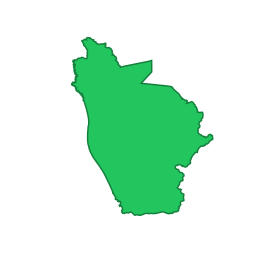 Islay, Arequipa, Peru (orthographic projection), rotated 44°
{"feature_id": "86281439B92685441035465", "entity_name": "Islay", "entity_type": "district", "adm_level": 2, "iso_a3": "PER", "parent_name": "Peru", "parent_adm1": "Arequipa", "projection": "orthographic", "projection_center": [-71.814, -16.98], "detail": "fine", "context": "isolated", "style": "filled", "palette": "green", "viewbox_px": 256, "rotation_deg": 44, "n_neighbors": 0, "source": "geoboundaries", "source_scale": "gbopen_adm2", "svg_char_len": 5706}
<svg xmlns="http://www.w3.org/2000/svg" viewBox="0 0 256 256"><g transform="rotate(44 128 128)"><path d="M52.9,82.6L52.6,83.0L52.6,83.7L52.0,84.3L51.4,85.3L50.5,86.0L48.5,88.6L47.2,88.6L46.1,89.1L45.5,88.5L44.9,88.5L44.3,89.0L43.1,89.2L42.8,89.0L42.4,88.5L42.1,88.4L41.6,89.0L40.5,89.5L39.5,89.4L38.6,89.6L37.9,89.5L37.6,90.1L37.1,90.3L35.9,91.4L35.9,92.4L36.3,93.1L36.9,93.5L36.0,93.8L35.1,94.6L35.0,96.1L34.2,97.1L34.6,97.5L35.7,97.6L36.3,98.0L37.6,98.1L38.6,99.3L40.3,99.1L44.7,100.3L45.9,101.3L46.5,102.5L47.6,103.0L48.2,104.5L49.1,104.9L49.5,105.6L49.9,105.8L50.0,106.9L49.8,107.2L48.0,108.5L46.4,108.7L45.7,109.4L45.2,110.8L43.9,112.2L43.6,113.4L43.9,114.5L42.2,116.3L42.3,116.5L41.8,117.2L42.1,117.3L42.0,117.6L42.4,117.6L42.1,117.8L42.2,118.6L42.6,118.6L42.6,118.0L42.9,118.0L43.2,118.5L43.7,118.7L44.0,119.3L44.6,119.7L45.2,119.5L45.4,119.1L46.2,119.1L46.6,119.8L46.4,120.2L46.6,120.5L46.0,120.7L46.4,120.8L46.2,121.3L46.7,121.3L46.7,121.9L46.9,122.1L48.4,122.2L48.7,122.7L48.4,123.1L48.7,123.1L49.0,122.9L50.1,123.0L50.2,123.3L49.5,124.2L49.8,124.4L50.1,124.3L50.1,124.6L50.5,125.0L51.1,125.1L51.3,124.7L51.6,124.9L52.1,124.7L52.0,125.7L52.8,126.2L52.6,125.9L53.1,125.9L53.0,125.5L53.8,125.2L54.2,125.8L54.6,125.5L54.6,125.8L55.5,125.9L54.8,126.9L54.6,126.9L54.7,127.3L55.1,127.3L54.9,127.6L55.2,127.7L55.2,128.1L55.4,128.1L55.4,128.3L56.2,128.6L56.2,129.0L56.4,129.1L56.2,129.4L56.5,129.5L56.5,130.0L56.9,130.1L57.3,129.8L57.5,130.7L57.8,130.6L58.7,131.5L57.6,132.4L57.7,132.7L57.5,132.9L57.8,133.1L57.5,133.5L56.8,133.5L57.0,133.8L56.8,134.3L57.1,134.6L56.8,135.2L57.0,135.6L57.4,135.8L57.4,135.4L57.7,135.4L58.5,135.8L58.8,135.3L59.5,135.5L59.8,135.1L60.3,135.1L60.4,134.8L60.9,135.0L61.3,134.8L61.5,135.0L61.9,135.0L62.2,135.5L62.8,135.9L63.1,135.9L63.3,135.5L63.4,136.0L63.8,136.0L64.3,136.8L64.8,137.0L65.1,136.8L64.9,136.6L65.5,136.5L66.2,136.9L67.1,136.7L67.3,136.5L67.0,135.8L67.3,135.9L67.6,136.4L68.1,136.1L68.7,136.4L68.8,136.2L68.7,135.7L69.2,136.3L69.7,136.6L69.9,136.4L69.8,136.1L70.0,135.7L70.4,136.1L70.5,135.9L71.1,136.2L71.4,135.6L71.5,136.0L71.6,135.8L71.9,135.9L71.8,136.5L72.3,136.3L72.5,136.0L72.8,136.0L72.7,136.7L72.9,137.0L73.3,136.8L73.8,137.3L74.5,136.8L74.9,137.1L75.1,137.0L75.2,137.8L75.7,137.9L75.8,138.2L76.2,138.3L76.5,139.2L77.0,139.0L79.2,140.0L84.5,142.9L90.6,146.8L93.5,149.0L95.6,150.9L97.3,152.8L98.5,154.8L102.9,160.1L106.6,164.0L108.6,165.9L110.8,167.6L111.5,167.8L112.4,168.5L112.9,168.5L113.8,169.5L118.0,171.5L122.3,172.9L125.4,173.7L135.0,175.4L136.5,175.9L137.9,176.1L142.8,177.4L154.8,181.8L161.5,184.6L162.2,185.4L162.6,185.1L164.4,185.8L167.2,186.4L167.7,187.3L168.5,188.0L168.8,187.7L169.3,187.7L169.9,186.8L171.0,187.5L171.5,187.3L171.6,187.6L171.9,187.3L172.4,187.4L172.8,186.4L173.0,186.5L173.1,186.9L173.5,186.4L173.8,186.3L174.7,186.7L174.9,187.3L175.3,187.7L175.7,190.0L176.2,190.0L176.1,189.8L176.5,189.5L176.6,188.8L177.3,189.1L177.6,188.8L178.3,188.9L179.6,189.5L180.3,190.0L180.8,191.4L181.0,192.1L182.1,192.1L182.3,192.9L183.0,192.8L183.4,193.0L184.8,191.9L185.7,189.8L187.4,188.8L187.8,187.4L188.5,186.5L190.2,186.0L192.0,186.2L193.6,185.9L194.5,184.3L197.1,182.7L198.8,179.9L199.7,177.6L200.2,177.0L201.0,176.1L202.4,175.2L203.8,173.5L205.8,171.9L207.9,169.4L210.2,165.6L211.0,164.5L211.8,163.7L214.9,162.5L216.8,161.4L217.2,161.0L217.7,159.8L219.0,158.9L219.4,157.8L219.0,157.0L219.7,156.3L219.9,155.6L220.9,154.8L221.7,153.1L221.8,152.3L220.5,151.3L220.6,150.5L220.3,149.7L219.2,149.3L219.5,147.8L219.1,146.3L217.5,145.5L217.3,145.2L217.1,144.4L217.4,143.5L218.5,141.8L218.5,141.2L216.0,139.4L214.5,137.1L213.9,136.9L211.8,137.7L210.7,137.5L209.3,136.6L209.1,136.2L209.1,135.3L208.1,135.6L207.6,136.4L206.6,136.7L204.9,136.7L204.9,136.1L204.5,135.4L204.6,134.9L204.2,132.9L203.8,132.2L203.3,131.8L203.0,130.8L203.1,130.1L202.9,129.3L203.4,128.4L203.9,128.2L203.9,127.6L203.1,126.7L201.6,125.7L201.4,125.1L201.6,123.9L201.1,123.1L200.0,122.6L199.1,122.9L198.4,122.6L197.7,122.7L196.2,123.7L195.3,123.9L194.1,123.2L192.9,123.0L191.8,123.8L190.0,124.0L189.3,123.5L188.7,122.5L188.6,121.8L189.2,120.9L189.7,120.5L189.8,119.0L191.0,118.1L192.2,117.9L193.6,117.9L193.5,117.3L193.7,117.0L195.0,116.9L195.7,116.7L196.8,115.6L197.1,114.9L196.8,112.4L197.5,110.2L197.1,109.6L195.9,108.6L195.3,107.8L193.7,103.5L193.5,99.0L193.9,98.1L194.8,97.4L194.1,96.2L193.4,95.8L193.0,93.1L193.0,90.7L193.6,89.8L194.6,89.0L194.7,88.2L195.2,87.6L195.5,86.6L195.2,86.0L195.3,85.5L196.2,84.0L196.3,82.5L195.9,81.4L195.9,80.6L196.1,80.2L196.1,79.3L196.8,77.2L194.0,74.9L191.6,75.4L191.4,75.6L190.7,77.4L191.5,78.6L190.7,80.7L190.5,80.9L190.1,80.6L189.4,80.5L188.7,81.7L187.6,81.7L186.7,82.2L185.7,82.2L183.1,82.9L181.6,82.6L181.1,82.2L180.3,81.1L179.6,80.9L179.1,79.9L178.7,79.5L179.1,78.0L178.6,77.0L177.3,76.0L175.9,75.8L175.6,75.4L175.3,74.0L175.6,72.0L175.4,71.1L174.7,70.6L174.4,68.3L173.4,67.4L172.5,66.1L170.8,65.0L170.5,65.1L168.4,67.4L166.9,68.3L166.7,68.2L166.5,67.5L162.6,65.5L161.6,65.8L160.6,65.4L160.4,65.0L160.0,64.8L159.2,64.9L157.2,64.5L155.9,64.7L155.3,65.1L154.8,66.7L153.6,68.1L153.4,69.3L153.1,69.6L152.9,68.5L151.8,67.4L151.3,67.3L150.8,67.4L150.4,68.1L149.2,68.6L148.0,68.6L146.7,69.1L147.1,69.3L146.9,69.6L146.6,69.3L146.5,69.6L146.1,69.1L145.0,68.9L143.8,68.9L141.1,68.1L133.9,68.5L131.5,67.9L131.1,68.0L129.8,68.6L127.6,70.1L106.4,86.7L106.1,71.2L98.1,63.0L96.5,65.8L82.2,86.5L80.4,89.6L79.9,89.1L79.3,88.9L77.0,89.1L75.9,88.1L75.3,88.0L73.2,87.7L72.0,88.0L71.9,86.4L69.9,85.3L68.9,85.7L68.2,85.4L66.9,85.5L66.0,86.4L65.9,85.8L65.4,85.1L63.9,84.5L62.9,83.4L60.6,82.8L60.0,82.8L59.6,83.2L58.1,83.6L57.4,84.7L55.5,85.4L55.0,85.3L54.4,84.7L54.4,83.7L54.1,83.3L52.9,82.6Z" fill="#22c55e" stroke="#15803d" stroke-width="1.5"/></g></svg>